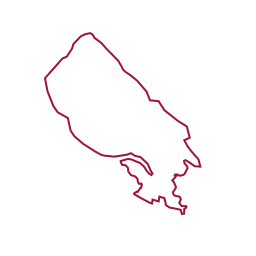 outline of Okrika, Rivers, Nigeria, rotated 146°
{"feature_id": "59680162B90615098764032", "entity_name": "Okrika", "entity_type": "district", "adm_level": 2, "iso_a3": "NGA", "parent_name": "Nigeria", "parent_adm1": "Rivers", "projection": "natural_earth1", "projection_center": [7.075, 4.627], "detail": "fine", "context": "isolated", "style": "outline", "palette": "rose", "viewbox_px": 256, "rotation_deg": 146, "n_neighbors": 0, "source": "geoboundaries", "source_scale": "gbopen_adm2", "svg_char_len": 2055}
<svg xmlns="http://www.w3.org/2000/svg" viewBox="0 0 256 256"><g transform="rotate(146 128 128)"><path d="M87.6,133.1L94.3,138.7L92.3,147.7L93.9,161.8L96.3,169.9L98.9,176.5L99.5,179.6L99.0,181.7L98.5,189.3L101.7,206.5L102.5,213.2L103.9,217.3L105.4,221.3L105.0,224.9L106.3,227.8L111.0,229.7L115.8,230.4L126.4,228.1L130.0,225.1L138.9,221.4L143.3,222.3L169.0,215.7L174.2,203.4L177.6,188.0L177.5,180.3L172.3,169.9L177.1,157.8L177.0,150.7L174.7,142.3L174.0,139.9L168.2,126.5L165.0,120.4L162.7,118.0L155.2,111.8L143.8,106.5L139.6,105.4L137.9,101.2L133.9,96.9L131.7,87.0L132.9,80.9L133.2,78.2L133.1,76.6L134.9,75.9L136.0,78.3L136.5,82.2L136.3,85.0L136.4,87.8L137.6,92.2L140.1,95.9L142.7,100.0L145.4,102.4L152.5,104.7L153.3,102.9L153.3,100.4L151.0,98.7L150.3,95.6L150.8,94.1L152.1,91.7L151.9,87.3L149.1,83.8L148.6,80.5L149.3,79.1L150.0,77.7L150.0,75.5L149.1,74.9L148.0,74.5L148.1,73.5L148.8,73.0L149.0,72.3L150.1,71.7L150.6,71.4L151.0,71.0L151.2,70.9L151.5,71.2L151.6,71.3L153.0,70.7L155.1,69.8L155.6,69.6L155.9,70.3L156.1,70.3L158.9,70.4L159.2,70.4L159.5,70.3L159.9,70.0L158.5,66.9L156.0,61.8L154.5,59.0L151.8,53.9L151.2,53.1L150.7,52.5L150.4,52.0L150.2,52.2L150.1,52.3L149.7,52.6L149.0,53.5L147.7,54.9L143.6,50.0L142.0,51.8L140.3,53.6L137.7,50.2L137.0,49.7L139.1,44.0L139.7,42.9L137.9,38.6L136.6,37.5L130.1,30.8L131.0,27.7L131.4,26.6L129.3,25.6L127.4,28.4L127.0,29.0L126.7,29.5L126.0,29.3L124.7,29.5L124.2,29.5L123.9,29.8L123.4,30.6L127.1,33.2L127.4,37.2L124.1,39.3L123.6,42.1L125.9,44.6L126.8,45.3L127.4,47.1L127.2,48.1L126.8,49.6L124.5,50.5L122.2,51.4L121.0,52.8L120.9,54.3L120.2,57.7L120.6,59.8L116.4,60.7L115.3,61.2L115.9,62.5L115.1,62.9L115.1,62.1L114.4,62.1L113.7,62.2L113.1,62.0L113.2,61.4L113.2,61.1L113.0,60.7L112.6,60.4L111.9,60.1L111.6,59.4L110.6,58.9L109.4,58.6L108.0,58.2L106.7,58.3L101.0,61.5L100.5,62.9L100.8,67.6L99.8,69.5L98.2,69.1L96.3,65.0L94.1,59.0L89.9,55.7L89.6,55.5L87.3,62.1L87.2,63.8L88.0,68.7L88.4,72.8L88.9,79.0L88.2,86.4L82.3,85.4L78.4,96.3L82.7,106.1L87.9,122.4L87.6,133.1Z" fill="none" stroke="#9f1239" stroke-width="2"/></g></svg>